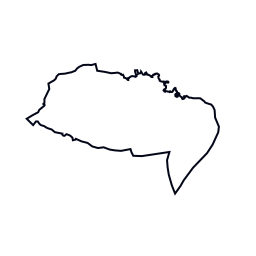 Mobbar, Borno, Nigeria, rotated 62°
{"feature_id": "59680162B87872962443621", "entity_name": "Mobbar", "entity_type": "district", "adm_level": 2, "iso_a3": "NGA", "parent_name": "Nigeria", "parent_adm1": "Borno", "projection": "mercator", "projection_center": [12.643, 13.067], "detail": "fine", "context": "isolated", "style": "outline", "palette": "ink", "viewbox_px": 256, "rotation_deg": 62, "n_neighbors": 0, "source": "geoboundaries", "source_scale": "gbopen_adm2", "svg_char_len": 4754}
<svg xmlns="http://www.w3.org/2000/svg" viewBox="0 0 256 256"><g transform="rotate(62 128 128)"><path d="M155.0,136.4L159.3,129.0L162.6,119.7L168.6,102.7L174.7,108.6L181.1,111.4L188.3,113.9L199.1,116.2L208.0,117.2L203.8,108.8L200.3,103.3L193.6,89.2L187.3,70.0L182.4,61.1L174.2,50.4L169.5,47.1L159.7,46.2L152.8,43.1L149.1,42.9L146.4,43.5L144.3,45.6L141.8,47.9L140.3,48.1L135.8,50.2L135.1,51.3L134.8,51.8L134.5,52.3L133.9,53.6L132.3,56.5L130.7,58.3L130.0,59.7L127.3,61.1L127.4,61.4L127.5,61.7L127.4,62.0L127.1,62.4L126.9,62.5L126.6,62.7L126.6,62.9L126.6,63.1L126.5,63.4L126.5,63.5L126.4,63.6L126.6,63.8L126.7,64.0L126.8,63.9L127.1,63.9L127.3,63.6L127.6,63.5L127.9,63.8L128.0,64.1L128.3,64.3L128.3,64.9L128.2,65.5L128.1,66.0L128.0,66.3L127.2,66.3L125.8,66.2L124.8,66.9L123.4,67.2L123.1,67.1L122.7,67.0L122.3,66.8L121.9,66.6L121.5,66.8L121.3,66.8L121.1,66.8L120.9,66.9L120.8,67.0L120.7,67.2L120.7,67.5L120.8,67.7L120.9,68.0L121.3,68.5L121.9,68.9L122.3,69.0L122.8,68.9L123.1,68.9L123.3,69.0L123.5,69.2L123.5,69.3L123.6,69.6L123.6,69.9L123.5,70.2L123.4,70.3L123.2,70.4L122.9,70.7L122.7,70.8L122.4,70.9L122.3,71.0L122.2,70.9L121.7,70.9L121.4,70.9L121.1,70.8L120.9,70.7L120.6,70.4L120.4,70.2L120.3,69.7L120.4,69.3L120.4,69.1L120.3,68.9L120.2,68.7L119.8,68.2L119.7,68.1L119.6,67.9L119.3,67.7L119.2,67.7L118.8,67.6L118.5,67.6L118.4,67.6L117.8,68.1L117.3,68.2L116.9,67.8L116.1,67.7L115.9,67.6L115.9,67.8L116.0,68.1L115.8,68.2L115.5,68.3L115.3,68.3L115.3,68.0L115.3,67.7L115.1,67.5L114.7,67.6L114.7,68.0L114.9,68.6L115.1,69.0L115.2,69.4L115.6,69.8L115.9,70.2L116.0,70.4L116.1,70.8L116.3,70.9L116.5,71.0L116.7,71.4L116.8,71.6L116.9,71.9L116.7,72.5L116.5,72.9L116.3,73.2L116.1,73.3L115.7,73.3L115.4,73.5L115.3,73.8L115.5,74.0L115.6,73.9L115.8,73.7L115.9,73.8L115.9,74.0L115.9,74.4L115.7,74.5L115.3,74.7L114.9,75.2L114.4,75.9L114.0,76.2L113.5,76.8L113.4,77.4L113.5,78.0L113.4,78.2L113.2,78.4L112.7,78.0L112.5,77.9L112.4,78.2L112.6,78.4L112.6,78.6L112.2,78.8L111.7,79.0L111.5,78.8L111.1,78.5L110.9,78.0L111.0,77.7L111.0,77.3L110.9,76.9L110.9,76.6L110.8,76.1L110.4,75.6L109.8,75.3L109.3,75.0L109.0,74.9L108.8,74.7L108.5,74.7L108.2,74.8L108.0,75.1L107.9,75.4L107.6,75.7L106.8,75.7L106.2,75.4L105.8,75.3L105.9,75.1L105.6,74.6L105.5,74.2L105.8,74.2L106.0,74.2L106.0,73.9L105.9,73.7L105.7,73.2L105.6,72.9L105.5,72.5L105.5,72.3L105.6,72.2L105.8,72.1L105.8,71.9L106.0,71.7L106.3,71.6L106.6,71.6L106.8,71.3L106.7,70.9L106.4,70.7L105.9,70.8L105.7,71.0L105.0,72.0L104.9,73.2L104.7,73.8L104.0,74.3L103.5,75.1L103.3,75.7L103.3,76.0L102.5,76.8L102.4,76.9L102.3,77.0L102.2,77.1L102.0,77.3L101.9,77.4L101.8,77.5L101.6,77.6L101.0,77.8L100.8,77.6L100.1,77.3L99.6,77.6L98.6,77.6L98.2,77.6L97.5,77.3L96.7,77.1L96.6,76.6L96.4,76.1L95.9,75.7L95.2,75.7L94.7,76.1L94.0,76.4L93.6,76.6L93.4,77.3L93.1,77.8L93.4,78.3L93.4,78.8L93.1,79.2L92.9,79.2L92.9,79.7L92.9,80.0L93.1,80.2L92.9,80.7L93.4,80.9L93.4,82.6L93.8,82.8L94.3,82.8L94.0,83.3L93.8,83.5L93.4,83.5L92.7,83.5L92.2,84.0L91.7,84.2L91.4,84.3L91.3,84.5L91.0,84.7L90.7,85.0L90.5,85.4L89.9,85.5L89.7,85.9L89.6,86.1L89.4,86.5L88.9,86.4L88.5,85.9L87.5,85.9L87.5,87.0L87.7,87.3L88.4,87.2L88.6,87.5L88.7,87.9L88.7,88.3L88.5,89.0L88.0,89.5L87.8,89.7L87.1,89.8L85.6,89.9L84.3,90.0L84.9,90.5L85.2,91.0L85.4,91.6L85.2,92.1L85.0,92.9L85.0,93.5L81.3,92.7L81.0,93.5L80.4,94.7L81.4,95.2L83.2,95.6L84.2,95.8L84.6,95.9L84.6,95.7L85.1,95.5L85.4,95.5L85.6,95.7L85.9,96.0L86.2,96.1L86.3,96.7L86.4,97.3L86.2,97.6L85.3,98.2L84.1,100.0L83.9,101.1L84.0,102.4L84.0,103.0L84.3,103.3L84.6,103.8L84.5,104.3L84.0,104.5L83.9,105.3L84.4,105.4L85.4,105.2L85.7,105.3L85.5,105.6L84.9,105.8L83.8,106.1L82.6,106.8L82.0,107.6L81.8,107.8L81.5,107.8L81.1,107.6L80.8,107.6L80.1,107.4L79.7,107.4L79.2,107.4L78.7,107.4L78.7,107.6L78.6,108.0L78.3,108.2L78.2,108.5L77.9,108.6L77.7,108.8L77.1,108.8L77.1,109.1L76.8,109.1L75.6,109.9L75.3,110.1L75.2,110.3L74.5,110.8L74.1,111.4L73.1,114.0L71.7,117.2L69.6,119.7L67.5,122.2L63.0,128.3L56.2,126.6L55.2,130.9L53.7,133.1L51.7,137.2L51.3,138.4L51.1,142.3L51.5,145.0L52.7,147.7L52.2,151.9L51.8,153.3L51.6,153.8L51.5,154.1L51.3,154.9L50.6,157.6L50.0,159.1L48.7,162.0L48.3,163.1L48.0,163.9L48.9,166.8L50.5,168.6L51.2,170.7L51.4,177.4L56.6,179.2L63.2,188.2L66.4,189.9L67.1,190.8L66.9,191.3L67.3,191.5L68.1,190.7L69.0,191.2L70.3,197.8L71.9,199.9L71.9,206.2L72.3,213.1L80.9,210.4L79.0,206.2L79.9,204.6L82.6,204.3L84.5,203.6L86.9,201.2L89.9,199.5L91.2,198.3L93.5,196.1L97.4,194.5L102.0,188.8L102.2,189.2L104.2,188.8L105.0,188.0L105.0,186.8L104.7,186.3L104.7,185.6L104.6,185.2L106.8,183.2L107.9,182.5L110.4,181.6L112.9,182.4L113.6,179.8L113.6,179.7L113.1,179.1L118.0,175.3L122.2,170.7L127.5,168.2L131.6,163.9L133.6,158.6L138.5,154.2L141.6,150.1L144.9,144.9L147.8,135.7L150.9,136.3L155.0,136.4Z" fill="none" stroke="#020617" stroke-width="2"/></g></svg>